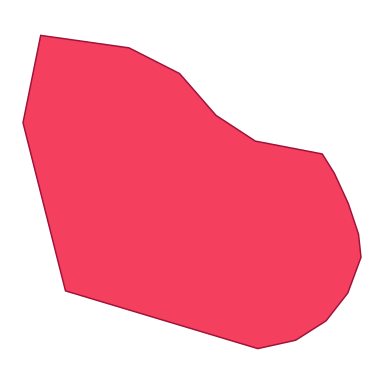 the border of Saint Anthony
{"feature_id": "MSR-5087", "entity_name": "Saint Anthony", "entity_type": "Parish", "adm_level": 1, "iso_a3": "MSR", "parent_name": "Montserrat", "parent_adm1": "", "projection": "robinson", "projection_center": [-62.171, 16.712], "detail": "fine", "context": "isolated", "style": "filled", "palette": "rose", "viewbox_px": 384, "rotation_deg": 0, "n_neighbors": 0, "source": "natural_earth", "source_scale": "10m", "svg_char_len": 330}
<svg xmlns="http://www.w3.org/2000/svg" viewBox="0 0 384 384"><path d="M322.3,154.0L334.4,173.4L348.2,203.3L358.5,234.1L361.0,257.3L347.8,293.0L326.1,320.8L295.7,340.2L257.8,348.6L65.5,290.9L23.0,122.7L40.7,35.4L129.1,47.9L179.6,73.6L216.0,115.4L255.3,141.1L322.3,154.0Z" fill="#f43f5e" stroke="#9f1239" stroke-width="1.5"/></svg>